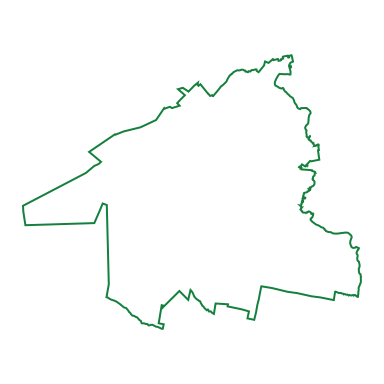 Hobart, Tasmania, Australia (orthographic projection)
{"feature_id": "25037944B41007206704884", "entity_name": "Hobart", "entity_type": "district", "adm_level": 2, "iso_a3": "AUS", "parent_name": "Australia", "parent_adm1": "Tasmania", "projection": "orthographic", "projection_center": [147.328, -42.894], "detail": "fine", "context": "isolated", "style": "outline", "palette": "green", "viewbox_px": 384, "rotation_deg": 0, "n_neighbors": 0, "source": "geoboundaries", "source_scale": "gbopen_adm2", "svg_char_len": 5991}
<svg xmlns="http://www.w3.org/2000/svg" viewBox="0 0 384 384"><path d="M25.4,225.2L94.3,223.1L99.5,211.2L102.7,203.5L106.8,205.0L108.8,284.2L106.5,297.2L107.5,297.4L109.7,298.9L111.1,299.6L115.0,300.9L116.6,301.7L120.0,304.1L124.1,307.5L126.1,308.0L128.3,310.6L128.9,311.8L130.1,312.7L131.4,314.7L132.5,315.6L134.2,315.9L135.5,316.8L137.2,317.4L139.5,320.1L140.8,320.8L141.6,323.1L142.1,323.4L143.9,323.3L145.9,324.0L147.5,324.1L147.9,324.5L148.3,325.2L148.9,325.5L151.0,324.8L152.6,324.8L155.8,326.6L157.7,326.9L161.8,328.8L162.8,328.7L163.7,324.3L158.7,323.3L161.7,305.2L163.0,305.5L163.0,307.3L179.4,291.0L188.2,299.9L190.5,290.0L191.8,291.4L193.1,293.6L194.2,296.5L196.3,298.9L197.6,299.8L198.4,300.2L198.7,300.7L199.9,301.1L200.6,302.2L200.8,303.3L201.8,304.5L202.2,305.6L203.6,306.7L204.5,308.1L206.7,310.2L207.8,309.5L208.1,309.6L208.4,310.0L208.7,311.2L209.0,311.5L210.8,311.4L212.2,312.9L213.9,313.9L215.6,303.5L228.0,304.3L227.6,306.4L241.2,309.2L249.0,311.4L247.8,316.6L247.5,318.4L254.2,319.8L256.0,312.6L257.4,304.7L258.7,299.7L260.9,288.2L261.4,286.3L272.3,288.1L287.6,291.8L297.1,293.1L311.6,296.3L320.2,297.4L333.8,300.1L335.1,291.8L335.6,291.6L338.5,292.9L341.0,293.0L341.9,293.5L343.5,293.8L343.7,294.3L344.3,294.1L345.4,294.3L346.1,294.7L347.6,294.6L348.6,295.5L349.4,295.0L351.2,295.5L353.0,295.0L353.7,295.6L354.1,295.2L354.9,295.0L355.4,295.2L357.3,296.8L358.0,296.8L358.1,296.2L358.0,295.1L358.4,293.6L358.3,292.1L358.7,289.9L358.6,287.9L359.3,285.9L360.1,284.4L360.1,284.1L360.6,283.0L360.9,281.4L360.8,277.2L361.0,276.8L360.8,276.6L360.5,274.2L359.7,273.7L359.2,273.0L358.9,271.4L358.8,268.6L359.6,266.6L359.6,264.9L358.9,261.7L357.7,260.8L357.4,260.0L357.2,258.1L357.6,256.5L357.6,255.1L356.6,253.6L356.6,252.7L357.0,251.5L357.8,249.9L358.2,249.8L358.9,248.2L356.2,246.9L355.4,247.6L353.4,247.9L352.4,247.7L351.5,246.9L350.5,244.6L350.2,243.2L350.3,241.1L351.7,237.3L351.5,236.2L350.9,235.2L348.3,233.0L347.1,232.6L345.0,232.6L337.5,233.6L334.9,233.6L332.6,233.3L331.2,232.3L328.1,231.9L326.0,231.1L325.6,230.3L324.7,229.8L324.5,229.4L324.5,229.0L324.1,228.8L323.5,228.0L323.1,227.7L321.3,227.2L318.9,225.6L316.0,224.5L312.1,221.6L310.6,219.8L310.7,218.6L311.2,218.2L311.4,218.3L312.3,217.3L313.0,215.5L312.8,214.7L313.3,214.0L313.1,213.5L312.4,213.5L311.6,213.9L311.2,213.8L311.1,212.9L310.6,212.2L308.9,211.4L307.7,211.9L307.7,212.3L307.4,212.5L306.9,212.3L306.0,213.0L305.7,212.7L302.8,212.5L302.4,212.1L302.2,211.2L301.7,211.0L300.5,209.6L301.0,209.0L300.8,208.8L300.8,208.6L301.9,207.4L301.3,207.4L301.2,207.2L301.3,206.9L301.1,206.6L301.1,206.2L300.8,206.2L300.2,205.6L301.0,205.8L301.4,204.8L300.6,204.4L301.0,204.4L301.4,203.7L302.1,201.9L301.9,201.3L302.0,201.1L302.5,201.1L302.9,201.6L302.9,202.1L303.1,201.9L303.1,200.4L302.6,200.1L302.5,198.4L302.7,198.1L303.1,198.1L304.8,198.6L305.1,198.4L305.3,198.0L305.3,197.7L304.9,197.4L303.3,197.1L303.1,196.8L303.1,196.1L304.0,194.0L303.8,193.3L304.2,192.9L306.3,192.4L307.2,192.0L307.5,191.5L308.3,191.3L308.6,190.6L308.9,190.7L309.1,190.0L309.4,190.0L309.1,189.5L309.7,189.7L310.2,189.5L310.3,189.2L309.4,188.2L309.9,187.5L310.6,187.9L310.8,187.6L310.7,187.5L311.2,187.1L311.4,186.8L313.2,185.9L314.3,184.5L314.5,183.5L314.5,181.6L314.0,180.8L312.8,179.8L312.5,179.0L313.0,178.6L312.9,177.8L313.1,176.7L313.4,176.3L314.5,175.6L314.9,172.9L314.7,172.2L315.2,172.4L315.0,171.9L312.1,170.9L312.2,170.4L311.7,170.2L301.6,169.4L301.5,168.9L300.4,168.8L300.4,168.5L301.3,168.5L301.4,168.0L300.4,168.0L300.3,167.6L299.1,167.2L299.4,166.6L300.8,166.9L301.0,166.4L300.7,166.3L302.0,164.4L305.2,166.4L306.2,165.2L307.1,166.1L307.5,165.5L307.1,164.2L310.2,160.9L311.3,161.3L319.3,159.7L318.0,150.4L318.9,150.1L318.2,145.5L318.7,145.4L318.6,144.6L318.1,144.4L316.2,145.3L316.3,145.5L315.9,145.8L314.6,146.0L314.7,145.9L314.4,145.4L313.8,144.8L313.5,143.5L313.2,143.8L312.7,143.1L312.8,143.0L311.5,141.9L310.7,140.6L310.1,140.6L309.3,139.5L308.8,139.6L308.5,139.0L308.6,138.5L310.0,136.5L310.0,136.2L309.8,136.2L308.9,137.6L307.5,137.4L307.4,137.1L306.8,136.9L306.6,136.5L306.7,135.7L306.2,132.1L306.5,130.6L306.2,130.3L306.2,129.9L305.6,129.3L305.2,128.0L305.2,127.4L306.0,125.7L307.9,123.8L308.3,123.0L308.3,121.9L308.5,121.5L308.5,120.3L308.6,119.4L308.6,117.8L308.8,117.4L309.2,115.2L310.6,113.2L310.5,112.1L309.8,110.8L308.1,109.2L307.4,109.0L306.6,108.0L301.5,108.1L300.9,108.3L300.4,109.0L300.1,109.1L298.1,108.3L297.3,107.4L296.2,104.5L295.2,103.6L294.3,101.8L294.1,100.7L293.0,98.2L289.8,96.0L289.1,95.1L287.0,93.3L286.2,92.1L285.2,91.6L284.0,89.9L283.5,88.5L283.2,88.1L282.7,88.0L282.2,88.4L281.3,88.5L279.0,87.7L278.2,87.0L275.4,85.5L274.9,84.5L274.8,83.4L274.9,82.0L276.1,79.1L278.1,75.6L279.5,73.9L282.4,74.2L283.0,74.0L284.5,74.3L287.7,74.1L289.9,74.6L290.5,74.4L290.5,71.2L289.6,68.0L291.0,67.4L291.1,67.2L290.7,65.8L289.1,66.1L289.1,65.5L289.4,64.5L290.3,63.0L290.8,62.5L292.9,61.7L293.0,61.4L291.6,55.4L291.4,55.2L289.2,55.9L289.0,56.2L289.2,57.2L288.8,57.6L288.1,57.4L287.7,55.7L283.0,56.6L282.7,57.0L283.1,58.6L281.0,59.3L281.1,60.2L280.4,60.5L278.5,60.8L278.3,59.6L277.9,59.0L273.6,60.1L273.3,60.0L273.1,59.2L272.9,59.1L268.5,62.9L265.1,61.5L264.0,65.5L258.6,72.2L256.8,71.0L256.4,70.2L256.5,69.5L256.1,69.4L255.2,69.4L253.3,70.1L251.9,70.0L251.2,70.4L250.5,71.4L250.0,71.5L248.8,71.2L248.4,71.5L248.2,72.0L247.7,72.2L246.4,71.5L245.6,71.6L245.5,71.1L245.2,70.6L244.4,70.6L243.3,69.9L242.0,69.6L241.4,69.7L239.7,70.4L237.1,70.3L234.2,71.8L233.4,72.2L232.7,73.1L231.5,73.9L231.6,74.2L229.7,75.5L227.7,78.8L226.4,81.6L223.1,84.9L221.0,86.4L218.5,89.7L213.1,96.1L212.5,95.9L212.1,95.2L210.1,95.9L208.4,93.8L208.2,93.9L200.4,84.2L198.5,85.8L197.5,84.7L197.9,82.7L194.3,85.6L188.5,91.6L182.8,87.8L178.0,89.2L184.9,95.2L179.6,100.5L177.2,103.2L179.6,105.7L172.0,108.1L169.9,106.8L164.6,108.7L164.2,108.1L156.1,120.0L140.5,127.3L123.8,131.4L115.4,134.7L115.0,134.3L89.1,151.9L101.0,161.8L98.7,164.0L94.3,165.9L86.0,172.9L23.0,205.8L23.3,211.5L25.4,225.2Z" fill="none" stroke="#15803d" stroke-width="2"/></svg>